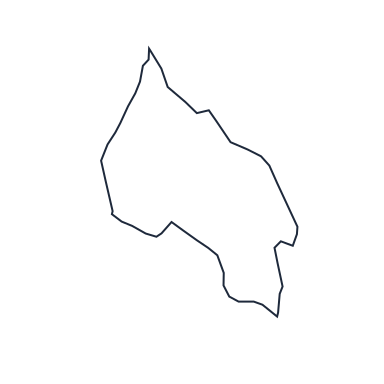 outline of Avesta, Dalarna, Sweden, rotated 246°
{"feature_id": "70781695B88125325572611", "entity_name": "Avesta", "entity_type": "district", "adm_level": 2, "iso_a3": "SWE", "parent_name": "Sweden", "parent_adm1": "Dalarna", "projection": "robinson", "projection_center": [16.37, 60.252], "detail": "fine", "context": "isolated", "style": "outline", "palette": "slate", "viewbox_px": 384, "rotation_deg": 246, "n_neighbors": 0, "source": "geoboundaries", "source_scale": "gbopen_adm2", "svg_char_len": 804}
<svg xmlns="http://www.w3.org/2000/svg" viewBox="0 0 384 384"><g transform="rotate(246 192 192)"><path d="M204.3,109.8L193.6,115.7L185.3,123.6L172.9,132.8L165.6,141.3L166.6,147.3L172.9,161.1L160.4,168.3L145.8,176.9L134.3,184.1L123.9,189.4L105.2,188.1L93.8,182.8L81.3,183.5L72.9,190.0L66.7,203.9L60.4,210.5L43.6,219.1L46.8,221.6L63.3,230.7L68.8,236.3L92.0,241.2L107.5,244.7L110.8,253.1L101.9,262.2L110.8,270.7L117.4,274.2L122.7,274.1L165.2,273.4L184.7,273.4L196.5,269.6L208.2,260.1L221.8,247.5L246.2,243.2L259.8,240.6L262.1,228.5L277.0,222.5L297.8,212.5L317.2,214.2L339.2,211.3L340.4,211.1L330.6,206.2L327.3,198.5L314.0,189.4L305.2,180.3L296.3,168.4L284.1,154.5L277.5,146.1L269.8,134.2L257.6,121.7L254.1,121.0L236.7,117.5L206.8,111.7L204.3,109.8Z" fill="none" stroke="#1e293b" stroke-width="2"/></g></svg>